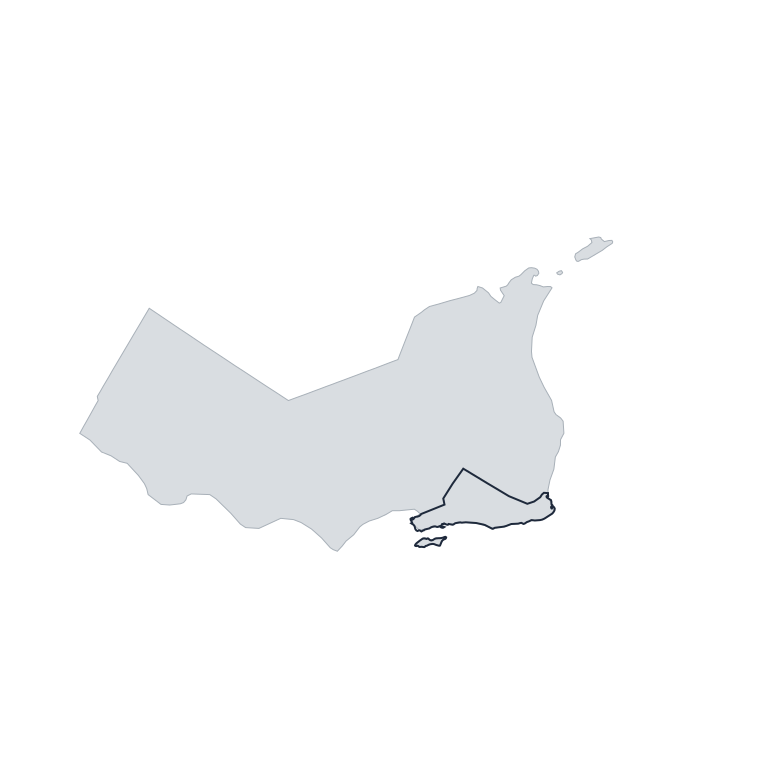 location of Ash Sharqiyah South within Oman, rotated 51°
{"feature_id": "OMN-2406", "entity_name": "Ash Sharqiyah South", "entity_type": "Region", "adm_level": 1, "iso_a3": "OMN", "parent_name": "Oman", "parent_adm1": "", "projection": "albers", "projection_center": [58.929, 21.395], "detail": "fine", "context": "in_parent", "style": "outline", "palette": "slate", "viewbox_px": 768, "rotation_deg": 51, "n_neighbors": 0, "source": "natural_earth", "source_scale": "10m", "svg_char_len": 5811}
<svg xmlns="http://www.w3.org/2000/svg" viewBox="0 0 768 768"><g transform="rotate(51 384 384)"><path d="M230.9,651.5L227.9,644.1L225.0,636.7L222.0,629.2L219.0,621.8L217.0,616.6L213.2,614.6L211.2,609.1L209.0,603.5L206.9,597.8L204.8,592.2L202.6,586.6L200.5,580.9L198.4,575.3L196.3,569.6L194.2,564.0L192.1,558.3L190.0,552.7L187.9,547.1L185.8,541.4L183.7,535.7L181.6,530.1L179.5,524.4L177.4,518.8L184.9,516.5L194.1,513.7L203.3,510.9L212.5,508.1L221.6,505.2L230.8,502.4L240.0,499.6L249.1,496.7L258.2,493.8L267.4,490.9L276.5,488.1L285.6,485.1L294.7,482.2L303.8,479.3L312.9,476.4L322.0,473.4L331.1,470.5L336.7,468.7L339.2,461.3L341.3,455.2L343.4,449.1L345.4,443.0L347.5,436.8L349.5,430.7L351.6,424.6L353.6,418.5L355.7,412.4L357.7,406.3L359.8,400.1L361.8,394.0L363.8,387.9L365.9,381.8L367.9,375.7L369.9,369.5L371.9,363.4L373.8,357.8L370.6,352.3L366.4,344.9L362.0,337.2L357.9,329.9L354.9,324.6L351.2,318.2L351.8,310.1L351.8,306.0L352.4,299.8L356.2,291.3L360.7,280.4L364.0,273.2L366.8,266.9L369.0,261.8L370.3,256.6L369.8,252.9L368.4,251.5L367.3,249.7L371.4,247.0L379.0,245.4L383.2,245.8L389.0,244.6L393.7,243.5L394.1,241.8L392.8,239.0L391.0,235.0L384.4,234.4L382.5,233.3L384.9,227.4L384.8,225.5L384.0,223.2L383.1,219.5L383.7,214.7L385.1,211.4L385.2,208.8L384.6,203.4L384.9,198.5L386.4,196.2L388.8,194.0L391.1,192.9L393.5,193.0L395.4,194.0L396.2,196.6L395.6,198.3L394.3,198.5L393.8,199.2L395.6,202.6L398.4,206.0L400.6,205.5L403.0,202.9L405.6,200.9L408.8,199.1L411.2,195.5L413.2,193.2L415.0,192.9L419.9,207.6L427.4,221.4L434.0,229.0L440.9,239.4L451.5,248.9L456.4,252.2L476.3,259.0L487.2,261.6L502.2,264.1L512.6,269.3L516.1,269.6L521.6,268.1L525.6,268.2L535.5,275.2L538.4,281.9L542.6,285.4L546.3,291.0L548.6,296.8L557.1,305.6L563.1,315.5L569.2,322.9L574.6,327.4L582.9,329.2L589.5,331.2L590.2,336.1L589.6,342.6L588.4,347.3L582.3,356.6L580.8,362.3L573.9,371.8L566.4,387.6L562.9,391.1L550.7,399.3L541.7,409.1L531.1,426.1L522.9,443.0L519.7,448.4L513.2,449.4L508.9,448.9L505.9,447.3L507.1,442.7L507.8,437.6L503.9,438.1L500.4,439.2L492.2,451.7L487.7,457.3L486.7,464.3L484.5,473.3L481.2,481.7L479.8,488.7L479.8,492.7L482.1,502.4L482.2,512.4L483.6,518.3L484.6,525.5L480.8,527.7L477.4,528.8L464.4,529.4L451.1,531.6L439.5,535.6L432.5,539.6L423.4,548.8L417.5,572.1L408.5,581.9L402.4,583.8L388.0,584.4L367.6,586.8L360.3,589.0L348.1,603.0L347.1,607.5L349.3,610.8L350.0,614.4L348.9,617.7L343.2,626.7L337.2,633.1L321.5,636.9L315.9,634.2L310.7,632.9L300.6,632.4L284.0,633.5L277.8,638.2L268.1,641.3L259.1,646.3L242.4,647.8L230.9,651.5ZM411.1,155.6L410.1,156.8L408.6,156.9L405.3,155.8L403.4,153.2L403.8,150.1L404.0,144.5L405.1,139.1L404.9,133.4L402.4,132.2L400.6,132.5L404.9,124.6L406.6,123.4L408.1,123.9L412.0,123.1L414.1,118.8L415.8,116.5L417.5,116.8L418.3,118.1L417.6,124.7L417.5,130.2L415.0,147.1L412.8,150.0L411.6,152.3L411.1,155.6ZM532.7,458.9L529.4,459.7L528.4,459.3L528.5,452.2L536.1,443.4L541.2,433.1L544.6,442.3L538.6,447.4L535.3,456.2L532.7,458.9ZM409.9,178.6L407.8,180.0L406.3,179.8L406.6,176.8L407.6,174.8L409.7,175.0L410.2,176.2L409.9,178.6Z" fill="#d9dde1" stroke="#a8b0b8" stroke-width="1"/><path d="M572.0,325.2L573.2,326.2L574.4,326.9L574.7,327.2L574.7,327.8L574.4,327.9L574.0,327.8L573.6,327.6L573.6,328.4L574.0,328.7L574.6,328.8L575.4,328.7L579.3,327.3L580.7,327.9L582.8,329.5L583.1,329.5L583.9,329.4L584.2,329.4L584.4,329.7L584.5,330.3L584.6,330.6L584.5,331.0L584.6,331.3L584.9,331.7L585.2,331.9L585.5,332.0L585.8,332.1L586.2,332.1L586.4,331.8L586.0,331.2L585.3,330.4L585.5,329.6L586.0,329.6L587.0,329.4L588.4,329.8L589.6,331.2L590.3,333.1L590.6,334.8L589.6,343.9L589.0,346.3L587.9,348.5L585.0,352.7L583.5,354.1L582.6,355.0L582.3,356.0L582.1,357.3L581.2,359.9L581.0,362.6L580.5,363.7L578.4,364.6L577.8,365.6L577.0,367.6L572.9,373.2L571.3,378.2L570.4,380.5L565.5,388.3L565.2,390.1L565.0,390.6L564.6,391.0L557.3,394.2L555.8,395.2L550.0,399.9L543.0,407.4L540.8,410.7L540.3,411.2L539.6,411.7L538.8,412.9L537.2,415.9L537.0,416.4L536.9,418.4L536.7,418.9L536.4,419.4L533.4,421.9L533.6,423.0L532.7,423.8L530.5,424.9L530.6,425.0L530.2,426.0L529.8,426.4L529.5,426.7L529.4,427.0L529.6,427.5L529.9,428.0L530.3,428.5L530.9,428.7L531.6,428.4L532.5,427.6L533.1,427.2L533.0,428.3L532.5,429.1L531.5,429.8L530.6,430.1L530.1,429.5L529.8,429.5L529.5,430.3L529.1,431.8L528.7,432.5L528.3,432.9L527.1,433.6L526.6,434.1L525.9,435.2L525.3,436.6L524.9,438.1L524.8,439.6L523.5,442.3L522.7,444.2L522.8,445.1L522.5,445.5L522.2,447.4L522.1,447.8L521.6,447.9L520.9,448.1L520.2,448.5L519.7,448.9L519.4,450.4L518.3,451.0L516.8,451.0L515.4,450.5L514.4,450.0L513.7,449.7L512.0,449.7L511.4,449.8L510.1,450.3L509.4,450.5L509.5,450.0L509.8,449.7L509.6,449.5L507.7,449.0L506.7,448.9L505.6,448.4L505.5,447.3L506.2,445.0L506.1,445.7L506.3,446.4L506.7,446.9L507.2,447.4L507.5,446.2L506.9,443.7L507.4,442.6L508.1,441.5L508.7,439.9L508.8,438.2L508.4,437.0L515.8,412.9L510.3,410.0L504.6,393.2L499.7,375.7L513.0,370.9L526.1,366.2L538.3,361.7L549.8,357.5L561.0,351.4L567.3,348.0L569.8,341.3L570.3,333.8L569.3,330.9L569.2,328.2L572.0,325.2ZM542.3,436.2L542.4,437.4L542.7,438.3L544.3,441.2L544.8,442.1L544.6,442.7L544.1,443.2L542.1,444.6L540.0,445.8L539.0,446.7L537.8,448.6L537.2,449.9L536.6,452.6L536.1,453.5L536.1,454.1L536.2,454.7L536.2,455.1L536.0,455.5L534.2,457.2L533.3,458.5L532.8,459.1L532.3,459.2L531.6,459.3L531.1,459.5L530.8,459.8L530.6,460.4L530.2,461.0L529.6,461.5L529.0,461.5L528.7,461.0L528.5,460.6L528.2,458.9L528.2,457.1L528.3,456.2L528.2,455.6L528.5,451.2L528.8,450.5L529.4,449.7L529.7,449.4L530.6,448.7L531.0,448.6L531.2,448.4L531.4,447.3L531.6,447.0L532.4,446.7L533.3,446.7L534.2,446.5L535.1,445.9L535.6,445.3L535.7,445.0L535.9,444.3L536.0,444.2L536.2,442.1L536.5,441.1L537.0,440.2L539.5,436.9L540.5,434.9L541.1,433.0L541.5,432.4L542.3,432.2L542.9,433.1L542.9,434.1L542.5,435.1L542.3,436.2Z" fill="none" stroke="#1e293b" stroke-width="2"/></g></svg>